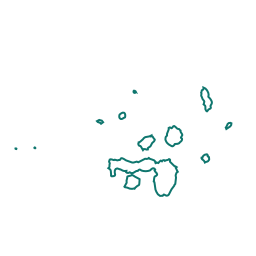 map outline of Galápagos (Robinson projection), rotated 298°
{"feature_id": "ECU-1270", "entity_name": "Galápagos", "entity_type": "Province", "adm_level": 1, "iso_a3": "ECU", "parent_name": "Ecuador", "parent_adm1": "", "projection": "robinson", "projection_center": [-90.747, 0.131], "detail": "fine", "context": "isolated", "style": "outline", "palette": "teal", "viewbox_px": 256, "rotation_deg": 298, "n_neighbors": 0, "source": "natural_earth", "source_scale": "10m", "svg_char_len": 5401}
<svg xmlns="http://www.w3.org/2000/svg" viewBox="0 0 256 256"><g transform="rotate(298 128 128)"><path d="M118.8,178.4L119.3,178.7L119.6,178.7L119.8,178.9L119.8,179.8L119.5,180.2L118.3,180.7L117.9,181.0L116.2,186.7L116.4,188.2L116.3,189.3L115.2,188.9L114.6,189.8L113.3,191.5L112.7,192.5L111.8,192.0L111.0,191.9L109.4,192.1L108.4,192.4L106.7,193.7L100.8,196.0L99.6,195.7L98.8,195.9L94.2,195.2L88.4,195.3L87.3,194.9L86.5,194.1L86.3,193.4L86.2,192.8L86.2,191.4L86.0,190.8L85.5,190.6L84.9,190.6L84.4,190.4L83.1,188.1L83.5,185.5L85.0,183.0L86.5,181.2L92.5,176.8L92.8,176.3L92.8,175.9L93.0,175.7L93.8,175.6L95.1,175.0L96.9,174.4L97.5,174.4L98.1,174.6L98.4,174.8L98.6,175.1L98.9,175.2L99.8,175.6L100.3,175.6L100.9,175.4L101.1,175.1L101.6,174.2L101.9,174.0L101.9,173.4L102.4,172.2L103.1,171.3L103.9,171.6L104.5,170.6L104.5,169.8L104.2,169.0L103.5,168.4L102.8,168.0L101.3,167.5L100.7,167.2L99.5,165.9L98.2,164.0L97.3,161.9L96.8,160.0L96.9,158.3L96.7,157.7L96.1,157.2L95.7,157.0L95.0,156.9L94.7,156.8L94.5,156.5L94.0,155.6L90.8,153.7L89.7,152.2L89.7,150.3L88.7,149.6L88.0,148.3L88.1,147.1L89.4,146.7L88.4,145.2L88.1,144.3L87.9,143.3L87.9,141.3L87.9,140.8L87.6,139.9L87.6,139.3L87.2,137.4L86.0,136.4L84.4,136.3L82.6,137.1L80.8,138.5L79.9,138.7L78.9,138.1L77.8,136.5L77.7,136.1L77.8,135.6L78.1,135.3L78.5,135.2L82.0,133.0L83.0,131.8L83.3,129.5L84.6,129.9L85.6,129.6L86.6,129.0L88.3,128.5L88.7,128.0L89.0,127.5L89.4,127.1L90.0,126.9L90.9,126.9L91.5,126.7L92.3,127.5L92.7,128.9L92.9,130.1L93.1,130.7L93.8,131.2L94.4,133.7L94.8,134.3L95.2,134.6L95.9,135.7L96.2,135.9L97.4,136.0L97.9,136.1L98.2,136.3L98.6,137.3L98.7,138.8L98.5,141.5L99.5,148.0L100.1,149.1L102.2,151.3L102.4,151.5L102.5,151.9L102.5,152.5L102.6,153.2L103.0,153.5L103.3,153.6L103.5,153.8L108.8,157.5L109.2,158.2L109.3,158.7L109.6,159.2L110.3,160.0L110.5,160.2L111.3,160.4L111.3,160.7L111.2,161.1L111.0,161.4L111.0,161.5L111.4,163.8L111.7,166.2L111.4,167.3L110.0,168.7L109.5,169.6L110.7,168.7L111.0,169.2L111.1,170.3L111.3,171.2L113.5,171.7L114.6,172.3L114.5,173.6L115.2,173.7L115.8,174.0L116.3,174.5L116.6,175.2L116.3,176.0L117.0,176.4L118.8,178.4ZM150.8,167.2L151.4,167.8L151.3,169.2L150.6,171.6L150.6,172.3L150.9,173.2L151.0,173.8L150.9,174.0L150.4,175.3L150.4,175.6L149.6,176.0L148.9,176.9L148.4,177.9L147.8,178.8L147.3,179.2L147.0,179.3L144.5,179.2L144.2,179.4L144.0,180.6L143.3,181.1L142.4,181.3L141.4,181.2L139.7,180.5L138.6,180.3L138.2,180.0L138.0,179.7L137.7,179.6L137.3,179.2L136.2,177.4L135.7,176.8L135.0,176.9L134.0,176.6L133.1,176.2L132.6,175.6L132.5,174.8L132.6,172.0L132.9,170.5L133.4,169.0L134.2,167.8L135.0,166.8L135.5,166.4L136.9,165.8L137.5,165.6L138.1,165.6L139.2,165.9L139.6,166.0L140.1,165.8L140.7,165.4L141.0,165.2L145.9,164.6L147.1,163.9L147.4,164.1L147.7,164.3L148.0,164.5L148.2,164.8L148.3,165.4L148.2,166.0L148.3,166.6L148.7,166.8L149.2,166.9L150.2,167.1L150.8,167.2ZM88.3,162.2L87.8,162.5L84.2,164.1L83.3,164.4L82.8,164.4L82.3,164.2L81.2,163.4L80.3,163.1L78.7,162.4L77.9,162.4L77.7,162.4L77.4,162.2L77.5,161.8L77.3,161.5L76.4,160.5L75.8,159.3L75.3,158.0L75.0,155.3L74.3,153.1L74.5,152.4L79.0,152.5L80.9,151.4L83.3,150.8L84.5,150.3L84.9,150.3L85.5,150.8L87.3,152.8L87.8,153.2L88.4,153.7L88.5,154.9L88.3,157.2L88.3,162.2ZM196.5,175.8L197.1,176.3L197.8,176.3L198.5,176.0L199.1,175.6L199.2,177.8L198.3,180.2L196.8,182.3L195.2,183.6L193.4,184.2L193.1,184.6L193.0,185.2L192.4,186.9L191.4,188.6L190.7,189.5L189.9,190.1L189.1,190.4L188.3,190.5L186.6,190.4L186.0,190.6L185.0,191.5L184.2,191.7L183.7,191.5L182.6,190.7L182.1,190.4L180.3,190.1L179.8,189.9L179.8,189.3L180.1,188.7L180.7,187.8L181.1,187.4L183.2,186.3L183.9,185.6L184.4,183.6L185.0,183.6L187.1,183.0L187.7,182.3L188.5,180.4L189.0,179.8L190.3,178.3L190.6,177.8L191.0,177.4L192.9,176.7L193.5,176.0L194.2,176.0L195.8,175.5L196.5,175.8ZM131.5,152.4L132.2,152.8L131.9,153.9L130.8,155.8L130.4,157.0L129.5,157.3L128.3,157.2L126.1,156.4L122.5,156.4L121.5,156.0L120.6,155.4L119.6,155.0L118.4,155.6L117.7,154.6L117.4,153.1L116.8,151.8L115.5,151.6L117.7,148.1L117.9,147.3L117.6,146.3L118.0,145.3L118.8,144.5L119.8,144.3L120.2,144.6L120.3,144.6L120.5,144.3L121.6,145.2L125.1,146.5L126.4,146.7L128.0,147.5L130.7,150.9L132.2,152.0L131.8,152.1L131.5,152.4ZM141.0,209.1L141.1,209.3L141.4,209.4L141.6,209.7L141.8,210.1L141.7,210.5L141.5,210.9L141.4,211.1L141.3,211.3L140.6,211.5L140.4,211.7L140.3,211.9L140.4,212.6L140.4,212.9L140.1,213.3L138.4,214.4L138.0,214.5L136.2,214.2L135.4,213.6L134.7,212.8L133.6,212.1L134.1,211.5L134.6,210.7L134.9,209.9L135.2,208.1L135.7,207.2L136.3,206.9L136.8,207.7L137.8,207.4L139.2,207.7L140.5,208.4L141.0,209.1ZM134.2,119.1L133.7,118.9L133.2,118.4L132.8,117.9L132.6,117.5L132.7,116.2L133.5,115.2L134.6,114.6L135.8,114.3L136.9,114.7L138.2,115.4L139.2,116.3L139.6,117.5L139.3,118.4L138.4,119.3L137.2,120.0L136.1,120.3L135.5,120.1L134.8,119.3L134.2,119.1ZM178.2,214.1L179.6,214.6L180.6,215.9L180.7,217.1L179.1,217.7L177.4,217.5L173.3,215.3L174.3,214.1L175.1,214.3L177.6,214.2L178.2,214.1ZM119.5,97.4L121.6,98.8L122.2,101.4L121.4,103.3L119.1,102.2L119.5,101.0L119.1,98.5L119.5,97.4ZM162.9,115.7L163.2,115.6L163.7,115.7L164.0,116.5L163.9,117.5L163.6,117.9L163.6,117.3L163.2,117.1L162.7,117.3L162.7,117.8L162.2,117.6L162.0,116.8L162.3,116.1L162.9,115.7ZM66.7,54.6L67.0,54.7L67.1,55.1L67.0,55.4L66.8,55.6L66.5,55.5L66.4,55.1L66.4,54.8L66.7,54.6ZM56.8,38.6L57.1,38.3L57.4,38.6L57.4,39.1L57.0,39.2L56.8,38.6Z" fill="none" stroke="#0f766e" stroke-width="2"/></g></svg>